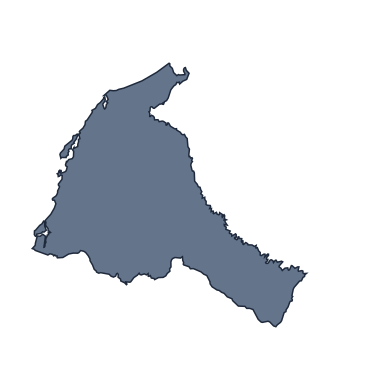 outline of Santa Catarina, rotated 202°
{"feature_id": "BRA-614", "entity_name": "Santa Catarina", "entity_type": "State", "adm_level": 1, "iso_a3": "BRA", "parent_name": "Brazil", "parent_adm1": "", "projection": "equal_earth", "projection_center": [-50.571, -27.663], "detail": "fine", "context": "isolated", "style": "filled", "palette": "slate", "viewbox_px": 384, "rotation_deg": 202, "n_neighbors": 0, "source": "natural_earth", "source_scale": "10m", "svg_char_len": 6006}
<svg xmlns="http://www.w3.org/2000/svg" viewBox="0 0 384 384"><g transform="rotate(202 192 192)"><path d="M60.6,118.1L60.1,116.3L61.4,114.7L60.7,106.3L61.1,104.3L63.2,100.7L63.8,98.5L66.2,98.4L71.1,100.6L73.0,100.7L77.9,97.5L79.2,97.3L82.9,98.7L91.4,105.9L94.9,105.7L97.7,104.6L100.0,105.8L106.3,103.6L113.6,106.5L115.0,108.0L120.0,108.0L124.3,110.1L127.0,110.1L130.0,110.9L132.1,110.5L137.8,111.6L140.8,113.6L141.8,115.6L147.0,120.1L150.3,120.2L153.6,121.3L162.0,121.5L164.7,120.2L166.8,121.6L172.4,121.3L173.0,121.7L173.4,123.6L174.9,125.0L176.6,128.4L178.0,126.4L183.2,124.9L184.8,123.3L185.5,121.8L185.4,119.3L183.4,114.6L184.0,112.4L182.8,110.3L184.4,107.3L184.9,104.4L186.8,102.0L191.0,100.1L193.8,96.8L194.8,97.6L197.5,97.0L199.3,98.9L200.3,97.6L201.1,97.6L202.1,99.9L203.2,98.1L205.6,98.2L208.0,96.1L209.3,96.0L210.6,96.9L211.5,94.4L213.8,90.9L215.2,85.7L215.8,85.1L219.7,83.9L217.8,82.2L218.1,81.5L220.5,82.6L224.6,82.8L225.7,84.5L228.6,85.3L229.5,87.9L230.7,88.6L231.3,88.0L231.3,85.4L232.9,83.7L235.4,83.6L238.0,84.7L246.4,83.0L248.1,81.8L250.5,82.0L251.3,82.9L253.6,83.6L256.9,87.1L260.8,90.1L261.6,91.8L264.4,94.1L268.0,96.1L270.2,96.5L273.3,96.0L274.2,93.4L275.0,92.5L279.1,90.9L283.1,88.3L287.2,82.9L292.2,80.5L292.6,80.8L293.0,82.1L294.5,81.7L295.6,82.2L296.3,81.0L297.8,81.9L300.6,81.5L302.0,79.6L315.5,79.1L316.8,79.8L318.9,79.7L317.4,83.8L318.0,85.8L318.9,92.6L318.4,93.4L316.2,94.1L314.6,96.9L311.3,96.1L308.6,85.3L308.2,85.6L308.1,86.9L308.8,88.6L308.6,90.8L309.6,92.1L310.1,94.7L309.7,96.4L310.1,97.8L309.0,98.7L310.1,100.6L308.8,100.6L308.0,101.5L311.0,102.5L311.8,104.2L315.4,106.3L316.1,109.2L317.5,110.4L314.6,118.4L313.6,125.5L313.8,130.1L316.4,132.8L318.2,132.3L318.9,133.2L318.6,134.4L316.7,137.2L316.3,139.1L316.4,141.2L317.0,142.6L316.7,147.0L317.1,147.7L318.1,147.9L318.9,149.2L317.3,155.1L318.6,158.7L320.0,158.7L320.9,156.9L321.8,156.2L322.8,158.1L323.8,158.4L322.8,159.8L323.3,161.4L322.9,162.6L321.4,162.9L321.0,162.1L321.8,161.9L322.0,161.4L321.7,160.8L320.5,160.3L317.3,163.1L316.6,164.6L317.1,168.6L318.9,169.0L319.5,169.9L319.9,174.0L319.3,172.7L318.4,176.0L315.6,178.0L315.1,180.2L317.0,185.5L317.9,185.8L318.5,186.7L318.1,189.1L317.7,188.3L315.0,191.4L315.8,193.6L316.0,196.2L317.0,198.3L315.9,199.4L318.7,203.3L317.7,204.4L317.9,205.2L319.0,205.6L318.8,206.8L317.0,210.4L316.4,214.3L317.3,217.7L316.2,219.5L314.5,227.6L314.4,229.1L315.4,230.2L312.8,233.4L312.3,237.7L310.6,240.5L309.0,245.3L309.3,246.7L308.6,247.6L307.0,245.0L306.8,243.6L307.6,240.3L307.4,239.6L304.7,236.5L304.0,236.3L303.5,238.0L304.2,241.0L303.5,242.8L303.7,243.3L305.2,243.5L305.2,244.0L304.4,246.5L307.6,249.6L308.2,249.8L309.6,248.9L306.3,255.5L302.9,256.4L300.1,257.8L298.3,259.8L294.2,262.7L280.0,276.3L269.5,289.8L261.5,302.8L260.6,302.6L259.8,300.6L256.6,299.3L253.7,295.8L249.6,294.2L248.6,295.8L247.4,295.8L242.6,298.1L242.9,299.0L245.1,301.0L245.6,302.2L245.7,303.6L245.3,304.5L244.7,304.9L242.9,302.7L239.2,301.0L239.1,294.4L242.0,291.3L243.9,287.5L245.1,289.1L245.9,288.2L247.2,287.9L247.2,285.6L248.6,283.5L249.9,278.8L249.3,270.3L249.8,267.2L251.3,265.4L251.3,262.6L251.9,262.4L252.3,263.6L253.4,262.1L255.0,261.3L258.3,255.5L259.2,255.2L261.2,256.0L262.1,255.4L262.3,254.5L261.3,251.3L262.0,250.3L260.5,248.9L259.5,246.2L259.0,246.3L258.3,248.0L256.5,247.9L255.0,247.1L253.7,244.9L250.6,246.3L248.8,244.9L246.2,246.6L245.0,246.8L241.9,246.2L241.3,244.4L240.7,244.4L240.2,245.2L240.2,247.1L239.4,247.1L236.6,244.9L231.6,244.1L230.1,244.9L229.5,243.7L225.2,243.0L223.3,241.7L221.8,241.7L220.6,242.6L218.5,240.7L216.5,239.8L212.8,232.5L210.4,230.7L208.9,225.3L208.0,223.8L207.4,224.2L206.1,223.0L204.9,223.8L204.2,223.4L204.1,221.0L203.0,220.4L203.5,218.8L203.3,216.6L200.3,212.4L199.4,211.6L198.4,212.0L197.0,210.6L193.6,203.0L190.1,201.2L188.1,199.2L186.3,199.4L184.5,197.1L183.0,196.0L183.3,193.7L180.9,192.9L180.2,190.1L178.2,191.9L177.3,189.8L175.4,188.7L174.3,185.7L172.8,185.5L170.0,186.3L169.3,185.5L169.4,183.2L167.8,184.1L166.9,180.9L165.4,182.3L164.8,181.8L164.4,180.2L163.8,180.0L161.7,182.3L160.5,180.9L158.6,180.9L158.2,181.5L158.6,183.2L154.9,182.4L155.2,181.0L154.5,180.0L153.7,182.9L153.0,182.5L152.5,181.4L151.8,178.2L150.9,179.2L149.7,179.1L151.0,178.0L149.9,176.5L147.0,174.5L150.0,174.0L149.3,172.8L147.1,172.2L146.6,170.1L142.0,170.1L142.1,168.3L141.7,167.7L139.5,167.9L138.6,166.1L135.9,169.5L135.1,169.1L134.1,166.8L134.1,166.3L135.2,166.0L135.4,165.4L135.0,164.8L132.6,164.5L132.1,165.2L132.5,167.6L131.8,168.0L130.8,166.7L128.4,167.4L127.6,164.4L126.9,164.1L126.7,166.3L125.1,162.6L124.6,162.6L123.2,165.3L121.0,164.9L120.3,164.0L116.4,165.4L113.8,164.9L112.5,166.5L112.1,164.5L111.6,164.0L110.6,164.9L108.2,162.4L106.1,161.5L105.2,159.1L104.0,158.9L102.1,161.3L101.1,161.7L100.5,160.9L100.2,159.1L98.7,162.7L97.8,163.0L97.3,161.9L98.2,159.3L98.1,158.3L97.5,157.5L96.4,157.9L96.2,156.4L97.3,154.6L97.3,154.0L96.5,153.7L95.5,153.9L94.7,154.8L94.0,158.2L93.0,158.9L91.2,158.6L90.0,157.1L89.2,159.8L88.6,160.3L86.6,158.9L83.0,161.4L81.7,161.2L83.5,156.1L83.2,155.2L80.9,154.6L78.9,153.0L77.3,156.2L75.1,157.4L74.7,157.5L73.7,155.9L73.1,155.7L72.4,156.6L72.3,161.0L71.6,161.2L68.0,159.8L65.9,162.2L64.8,162.6L64.3,159.2L63.6,158.4L60.6,160.3L59.5,160.2L58.9,158.7L58.1,158.1L55.4,159.4L56.4,157.5L56.0,155.8L57.1,154.4L57.3,150.7L58.9,149.7L61.6,141.7L61.7,139.7L60.5,133.2L59.5,132.9L59.8,130.7L58.7,129.8L58.4,129.0L58.5,128.3L59.8,127.6L60.1,126.4L59.9,121.4L60.6,118.1ZM325.8,175.2L326.2,174.1L328.5,177.3L328.6,178.8L326.7,183.8L327.1,186.9L322.6,195.1L322.5,196.5L323.2,198.9L323.0,199.9L321.3,200.8L320.2,202.7L319.2,202.7L319.2,197.6L320.2,193.7L319.4,193.2L321.2,190.5L321.1,189.0L320.1,186.7L321.7,186.2L322.2,185.3L322.1,184.2L321.3,183.6L321.6,182.0L320.6,180.0L321.9,177.9L321.6,176.8L325.8,175.2ZM320.7,104.0L319.2,106.3L318.7,109.3L317.3,108.8L315.8,105.2L312.8,102.0L314.2,99.4L315.6,99.1L316.5,97.1L320.1,94.8L319.7,93.2L320.6,92.3L322.2,93.4L323.5,96.9L322.6,98.3L320.7,104.0Z" fill="#64748b" stroke="#1e293b" stroke-width="1.5"/></g></svg>